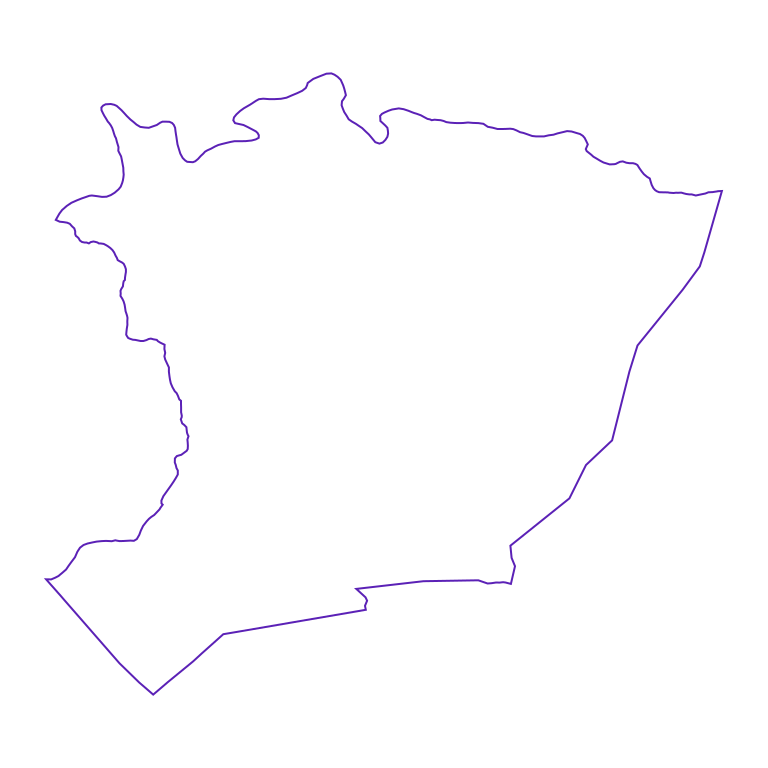 San Vicente Coatlán, Oaxaca, Mexico, rotated 90°
{"feature_id": "50627088B21982561063626", "entity_name": "San Vicente Coatlán", "entity_type": "district", "adm_level": 2, "iso_a3": "MEX", "parent_name": "Mexico", "parent_adm1": "Oaxaca", "projection": "natural_earth1", "projection_center": [-96.852, 16.376], "detail": "fine", "context": "isolated", "style": "outline", "palette": "violet", "viewbox_px": 768, "rotation_deg": 90, "n_neighbors": 0, "source": "geoboundaries", "source_scale": "gbopen_adm2", "svg_char_len": 5961}
<svg xmlns="http://www.w3.org/2000/svg" viewBox="0 0 768 768"><g transform="rotate(90 384 384)"><path d="M191.0,46.1L191.2,50.1L191.3,50.2L192.1,55.5L192.3,59.6L193.5,62.6L194.3,66.5L195.5,72.2L194.4,76.3L194.4,78.7L194.0,81.7L193.4,84.1L192.7,86.4L192.7,88.3L192.8,90.1L192.7,91.8L193.0,94.5L192.7,98.6L192.4,100.1L192.3,105.5L192.2,108.9L191.2,111.3L190.0,113.0L188.2,114.6L184.9,116.3L180.7,117.6L178.5,118.2L176.8,121.0L174.2,124.1L171.6,126.2L168.5,128.4L165.0,130.6L163.9,132.5L163.2,135.0L163.2,138.5L162.7,141.7L161.4,145.2L161.8,148.0L163.2,150.9L163.9,152.2L164.2,153.8L164.4,158.3L162.5,164.5L160.7,167.9L158.7,171.2L156.7,174.6L154.6,176.9L151.1,181.3L149.1,182.2L144.4,180.2L141.2,181.7L138.0,183.3L135.8,185.2L134.0,188.0L133.2,190.8L131.5,196.4L131.1,200.9L132.1,205.0L133.4,210.5L134.7,214.5L135.3,219.2L136.4,224.0L136.4,228.2L136.4,232.0L136.0,235.8L134.2,240.9L132.9,244.7L132.2,247.9L130.4,251.5L129.1,254.7L128.7,257.8L128.9,261.8L129.0,265.5L129.0,270.5L127.7,275.4L126.8,280.2L123.8,284.6L123.1,289.6L122.9,295.2L122.5,300.0L123.0,305.0L123.1,309.1L123.0,313.2L122.7,317.6L122.1,321.7L121.0,324.3L120.2,327.4L120.0,330.2L119.7,333.5L120.2,336.3L119.4,338.0L118.9,340.5L116.8,344.4L115.3,347.1L113.8,351.2L113.0,353.9L112.1,356.3L110.8,359.5L109.2,364.3L108.4,369.2L109.5,375.9L110.7,379.4L112.5,383.5L113.9,386.1L116.0,387.9L118.1,387.7L121.0,387.6L122.9,385.5L125.5,382.7L127.8,380.6L130.8,380.1L133.6,379.9L136.8,380.6L139.9,382.6L142.5,385.2L143.6,388.6L142.2,392.7L137.1,396.9L134.4,399.2L131.6,402.2L128.1,405.8L125.9,409.1L123.9,412.0L121.6,416.0L119.3,419.3L115.7,421.4L112.0,423.8L108.3,425.3L105.2,426.4L101.2,426.0L98.8,424.2L95.2,422.1L91.9,422.9L88.5,423.8L85.4,424.8L82.9,425.9L79.8,427.3L76.8,430.4L74.7,433.5L73.4,436.6L73.7,441.6L76.2,448.0L78.9,454.7L81.6,458.4L83.0,460.3L85.2,460.9L88.0,462.2L90.8,465.8L93.2,470.9L95.4,476.2L97.7,481.5L98.8,487.1L99.1,492.9L99.1,499.2L98.7,504.8L99.2,509.1L100.8,512.0L104.6,517.8L108.3,524.2L111.0,527.9L114.4,531.6L117.4,534.0L120.3,534.7L123.1,533.0L123.9,529.5L125.0,524.5L127.1,520.2L130.1,514.5L131.4,512.1L133.0,510.4L135.2,509.2L137.8,509.3L139.4,512.2L140.5,516.3L141.1,522.1L141.2,526.2L141.2,530.4L141.2,533.5L141.9,537.3L142.7,540.7L144.0,546.0L145.0,549.7L146.5,553.0L148.7,557.0L150.3,560.6L151.7,563.0L153.7,564.8L155.9,567.2L159.0,570.0L161.3,572.8L162.2,575.1L161.8,580.8L160.4,582.9L158.0,585.3L153.6,587.7L148.4,589.3L144.4,590.5L139.8,591.2L136.9,591.6L134.6,592.0L131.2,592.5L127.8,592.9L124.9,594.2L123.0,595.9L121.8,598.6L121.7,601.3L121.7,605.6L122.7,607.8L125.0,611.2L126.4,615.2L127.8,619.2L127.5,623.2L126.9,627.7L124.6,631.5L122.0,634.5L119.5,637.6L116.0,641.2L113.0,643.9L110.2,646.5L108.3,648.6L105.9,651.3L104.8,653.7L104.0,657.2L104.3,662.4L105.6,664.9L107.5,666.6L110.2,666.5L113.1,665.1L115.8,663.7L117.7,662.5L119.7,661.3L121.6,660.2L122.9,659.0L125.4,657.2L128.0,655.8L131.2,654.7L133.6,654.0L136.2,653.1L138.3,652.0L141.9,651.1L147.1,649.5L150.8,649.7L152.9,648.7L156.4,646.9L159.2,646.3L163.5,645.5L167.8,644.7L171.3,644.6L174.6,644.3L177.4,644.6L180.4,645.1L182.9,645.8L186.7,647.3L189.3,649.4L192.7,653.3L195.1,657.2L196.7,661.4L196.9,665.9L196.2,670.6L195.7,674.5L195.5,676.2L195.8,678.7L197.1,682.4L198.4,686.2L200.3,691.0L202.8,696.6L205.9,701.2L210.0,705.9L213.6,708.6L217.8,711.0L219.9,712.2L221.7,708.3L222.1,704.4L222.7,700.8L223.8,698.2L226.4,695.9L228.4,693.7L231.3,692.8L234.1,692.8L235.9,692.1L237.0,690.6L238.3,689.3L240.5,688.1L242.0,686.0L242.5,683.5L242.5,681.5L243.4,679.1L242.1,677.3L241.5,674.6L241.9,672.6L242.5,670.5L243.4,669.2L243.5,667.0L243.9,664.3L245.1,662.0L246.1,660.3L248.0,657.7L250.1,655.5L252.6,653.8L255.7,652.4L257.9,651.1L260.1,650.3L261.5,647.9L262.4,646.1L263.8,644.3L266.5,643.0L269.2,642.1L272.0,642.1L274.3,642.5L277.7,643.0L280.0,643.1L281.2,644.3L283.0,644.7L286.4,645.1L288.9,646.7L290.8,647.5L293.6,647.3L295.9,647.5L298.9,645.6L301.4,644.4L304.7,643.4L307.8,642.9L311.3,642.4L313.6,641.6L315.9,640.9L317.9,640.5L321.4,640.7L324.9,640.6L328.6,641.2L332.2,641.6L334.7,641.8L336.2,641.0L338.0,639.8L338.8,637.9L339.7,635.2L339.9,632.7L341.0,627.4L341.0,624.6L340.1,621.6L339.0,619.3L338.6,617.1L339.3,614.6L339.9,611.2L341.1,610.2L342.5,608.0L343.5,606.0L344.7,603.4L349.0,603.6L352.9,602.8L356.3,603.6L359.5,602.8L363.4,601.0L365.3,600.1L367.4,599.1L371.8,599.1L376.5,598.5L379.7,598.0L383.3,597.2L387.3,595.5L391.3,593.2L393.1,591.4L395.7,590.1L399.4,588.7L400.8,587.0L404.0,587.0L407.2,586.9L412.3,586.9L415.7,586.2L417.2,586.3L419.3,587.2L423.4,585.8L425.0,583.7L427.2,581.6L430.2,581.3L432.7,581.0L434.7,580.3L436.2,579.5L439.6,580.6L442.5,580.3L445.9,580.1L449.1,580.3L450.8,581.3L452.8,584.0L454.8,586.7L455.5,589.3L456.1,591.2L458.4,593.1L462.5,593.2L464.8,592.3L468.1,591.5L470.5,590.2L474.5,590.2L477.9,592.1L481.6,594.4L485.3,596.9L488.8,599.4L491.9,601.6L496.1,604.6L500.6,606.6L503.5,606.5L504.7,605.3L507.7,607.5L509.4,608.5L512.8,611.7L515.0,613.8L516.9,616.7L518.8,619.0L521.3,621.3L523.1,622.7L525.9,624.9L530.7,627.2L534.8,628.7L539.1,631.2L540.8,634.1L540.6,637.6L540.8,641.1L541.0,644.7L541.1,648.5L540.7,650.8L540.3,652.7L540.7,654.2L541.2,656.2L540.9,662.0L541.1,666.2L541.2,667.3L541.6,671.4L542.5,675.9L543.5,680.4L544.9,684.2L545.1,684.6L547.7,688.0L551.7,690.6L553.3,691.3L557.2,693.0L561.8,696.5L565.8,699.4L569.5,701.9L573.5,706.5L574.2,707.4L576.0,709.5L577.7,712.8L579.4,716.8L579.3,721.9L584.3,717.5L587.1,715.0L592.9,709.9L595.7,707.4L599.9,703.8L663.3,648.5L682.5,628.8L694.6,614.8L681.8,599.8L661.4,574.9L653.4,566.2L637.7,548.6L634.2,544.7L631.8,530.5L621.0,467.6L609.8,402.2L605.8,403.0L600.7,400.9L597.3,402.5L588.9,411.7L581.2,344.5L580.3,289.7L583.5,280.4L583.2,276.5L582.5,271.9L582.6,268.5L582.2,264.9L582.5,262.5L583.9,257.1L566.2,253.0L557.9,256.4L545.7,257.6L499.1,199.5L498.4,198.6L465.0,182.0L445.0,160.8L442.9,158.6L440.4,155.9L371.6,138.6L345.5,130.5L289.8,85.4L266.4,68.2L252.5,63.7L191.0,46.1Z" fill="none" stroke="#5b21b6" stroke-width="2"/></g></svg>